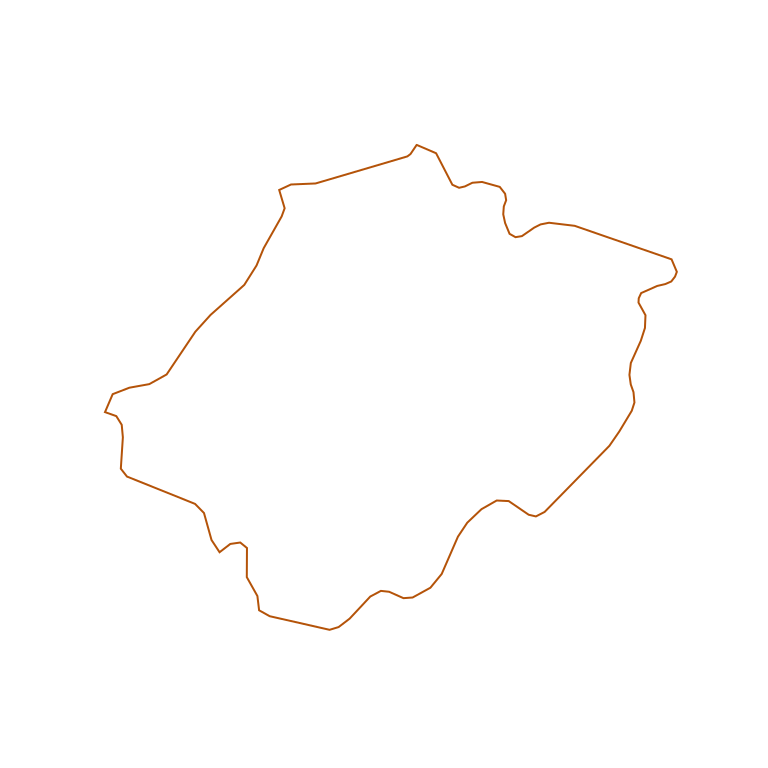 the Metropolitan department of Essonne, rotated 212°
{"feature_id": "FRA-5289", "entity_name": "Essonne", "entity_type": "Metropolitan department", "adm_level": 1, "iso_a3": "FRA", "parent_name": "France", "parent_adm1": "", "projection": "orthographic", "projection_center": [2.213, 48.526], "detail": "fine", "context": "isolated", "style": "outline", "palette": "amber", "viewbox_px": 768, "rotation_deg": 212, "n_neighbors": 0, "source": "natural_earth", "source_scale": "10m", "svg_char_len": 1282}
<svg xmlns="http://www.w3.org/2000/svg" viewBox="0 0 768 768"><g transform="rotate(212 384 384)"><path d="M216.2,350.8L226.7,344.9L235.0,329.5L239.9,310.5L240.4,293.7L234.4,253.5L236.7,235.8L246.6,218.1L254.0,212.7L269.6,210.5L277.0,206.9L283.0,196.5L288.8,166.8L293.7,153.8L299.9,146.7L357.9,126.5L370.0,125.9L379.0,137.1L398.0,147.5L413.3,172.3L421.9,173.4L429.6,166.9L434.3,154.2L447.6,160.3L468.3,179.2L480.7,182.2L552.9,169.3L562.3,172.7L577.2,200.4L584.8,210.4L594.0,214.9L605.7,212.3L608.7,231.6L598.0,245.9L583.0,259.5L573.4,276.9L571.7,328.4L567.7,350.7L555.0,394.0L554.9,417.0L558.0,435.4L559.6,471.9L561.4,480.4L575.7,493.0L568.6,503.9L548.3,517.8L484.8,589.4L483.4,593.0L483.0,604.0L482.9,604.1L462.1,607.3L431.6,589.2L424.3,590.2L420.1,594.4L415.7,601.5L407.9,607.3L390.3,612.5L382.1,609.5L377.8,604.6L376.5,598.1L372.8,591.1L366.6,584.7L357.1,577.9L350.3,578.2L345.4,582.5L339.5,596.2L335.8,602.3L329.5,608.2L306.1,619.2L206.2,642.1L195.1,634.3L194.1,629.3L194.7,623.2L198.4,617.8L204.3,611.9L214.1,597.4L213.4,591.7L211.3,587.9L198.7,580.9L192.4,569.8L189.1,556.7L185.8,532.6L180.7,521.8L174.5,514.4L168.1,509.3L161.8,501.0L159.7,492.6L159.3,468.4L160.1,451.0L180.0,360.6L185.0,352.2L192.0,349.8L216.2,350.8Z" fill="none" stroke="#b45309" stroke-width="2"/></g></svg>